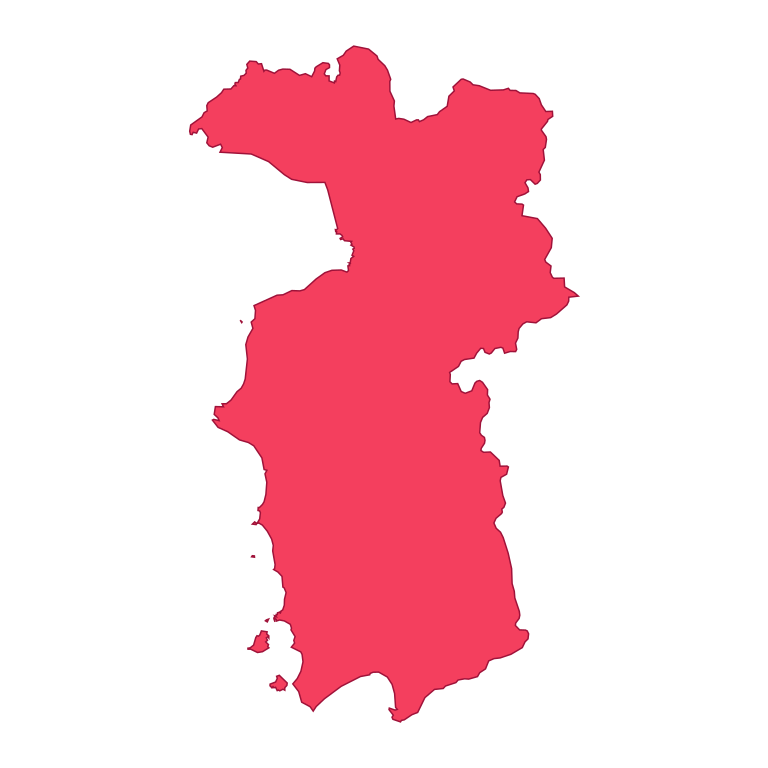 Ketapang, Kalimantan Barat, Indonesia
{"feature_id": "22746128B56277764926455", "entity_name": "Ketapang", "entity_type": "district", "adm_level": 2, "iso_a3": "IDN", "parent_name": "Indonesia", "parent_adm1": "Kalimantan Barat", "projection": "albers", "projection_center": [110.267, -1.697], "detail": "fine", "context": "isolated", "style": "filled", "palette": "rose", "viewbox_px": 768, "rotation_deg": 0, "n_neighbors": 0, "source": "geoboundaries", "source_scale": "gbopen_adm2", "svg_char_len": 6057}
<svg xmlns="http://www.w3.org/2000/svg" viewBox="0 0 768 768"><path d="M254.0,305.6L255.5,310.4L254.9,318.7L251.2,322.1L252.9,328.4L248.0,337.0L245.8,344.6L247.4,359.0L245.2,379.1L243.6,383.9L241.2,388.2L237.0,391.7L231.0,400.1L226.5,403.7L222.1,403.8L223.5,406.8L215.4,406.6L214.2,414.4L218.0,417.9L219.1,420.6L213.7,419.4L212.4,420.1L218.1,427.4L227.7,431.7L239.5,439.9L248.4,442.5L253.8,445.8L261.9,457.9L264.1,469.5L266.9,470.3L265.0,473.8L266.8,482.3L265.9,494.4L264.1,501.7L262.5,504.4L259.3,507.6L258.2,507.5L258.0,510.5L259.6,510.9L260.4,512.7L259.7,518.9L257.4,522.8L256.3,523.2L254.7,521.9L252.4,524.1L256.1,524.6L256.6,523.6L258.8,523.0L262.4,525.1L267.3,531.2L271.6,539.0L273.3,545.4L272.7,550.9L275.1,564.6L274.6,568.6L273.6,569.5L277.9,572.0L282.0,576.4L282.9,587.1L284.2,587.9L286.1,592.6L284.5,599.2L284.3,605.2L282.7,609.9L280.0,611.8L280.8,611.9L280.4,613.0L279.1,612.3L277.5,612.8L277.3,614.6L276.2,614.5L276.1,616.0L275.1,615.8L276.2,616.8L274.6,616.7L274.0,617.8L276.3,619.5L276.6,621.0L279.6,620.0L284.3,620.9L290.3,624.3L291.5,628.1L291.0,629.9L295.1,636.6L293.8,640.4L294.6,643.1L291.3,647.2L300.8,651.9L302.1,654.5L303.0,661.8L300.9,671.3L297.3,678.5L292.8,683.9L298.7,691.6L301.7,702.2L310.1,706.7L313.2,711.1L316.2,706.5L324.5,698.7L341.2,686.3L360.5,676.5L369.7,674.8L370.2,673.4L373.2,672.2L378.7,672.1L387.3,677.0L392.1,684.4L394.6,693.5L395.6,707.4L397.3,709.4L395.1,710.1L389.3,708.1L389.0,709.6L393.3,715.2L392.0,717.2L392.9,719.3L400.5,721.9L401.4,720.4L404.3,719.8L411.9,714.7L417.7,712.4L424.9,697.6L434.5,689.4L443.2,688.5L445.5,686.0L455.9,682.6L458.1,680.0L464.6,678.8L468.7,679.1L477.5,676.6L479.7,672.7L485.5,668.9L488.7,660.9L494.0,658.6L500.2,657.9L511.1,654.2L522.3,647.6L525.0,641.9L528.0,638.9L528.6,633.8L527.2,630.9L525.5,630.1L519.6,629.9L515.4,625.5L515.7,623.0L519.1,618.5L519.8,615.2L519.3,611.3L514.8,597.9L514.3,591.3L512.1,583.6L511.6,568.6L508.2,553.3L503.2,537.6L500.5,532.2L496.2,528.3L493.9,523.0L496.0,518.3L501.6,513.5L502.3,512.1L501.8,509.1L503.9,507.3L505.5,503.1L502.8,495.5L500.2,480.8L500.9,477.4L506.6,474.2L508.4,467.0L507.1,466.1L500.1,466.2L499.2,460.4L490.4,452.0L483.6,452.3L480.9,450.5L481.3,448.2L484.5,443.3L485.0,440.3L484.4,437.4L481.4,435.3L479.7,432.7L480.5,422.5L482.6,417.4L487.2,413.4L489.4,407.6L489.0,402.6L490.0,399.2L487.4,395.0L487.6,389.6L482.5,382.3L479.7,380.5L476.8,381.3L475.0,383.0L471.8,390.8L465.2,393.3L461.2,391.5L457.7,383.6L452.1,383.9L449.9,381.7L450.3,374.5L449.6,372.4L458.5,366.4L461.1,361.3L464.5,359.5L474.0,358.1L476.7,353.1L480.7,348.3L483.5,348.5L485.0,352.3L489.3,354.0L491.3,353.0L494.9,348.5L500.9,347.3L502.9,348.1L504.6,353.2L510.2,351.5L515.6,351.6L516.7,349.4L515.5,343.1L517.9,338.1L518.2,331.8L519.1,328.4L522.9,323.9L526.7,321.8L536.0,322.8L541.5,318.7L550.7,317.6L556.5,314.0L566.9,304.9L568.7,301.1L568.8,297.2L578.3,296.1L574.3,292.6L564.6,286.9L564.1,278.1L553.7,278.3L552.3,277.1L550.2,272.6L551.0,266.0L545.8,262.1L544.7,259.5L551.3,247.7L552.2,238.3L545.6,228.2L537.4,218.6L522.0,215.7L523.5,205.1L522.0,204.1L516.7,203.9L514.6,201.9L517.1,196.7L524.9,193.9L528.5,191.5L528.0,187.9L525.0,182.7L526.9,179.8L530.4,179.6L535.1,184.2L537.3,183.4L540.4,180.0L540.3,174.6L538.9,172.1L544.4,160.2L543.2,149.5L545.3,147.4L546.5,139.4L546.0,136.7L541.4,130.2L541.4,129.0L547.5,121.4L547.9,119.5L552.7,116.3L552.4,111.3L545.8,111.5L541.4,104.9L539.2,98.6L535.2,94.3L533.2,93.5L519.9,92.9L515.9,90.5L510.1,90.4L508.4,88.3L503.4,89.9L490.6,90.3L479.2,85.7L473.0,84.8L470.2,82.0L463.1,79.0L461.2,79.3L453.0,87.0L454.3,90.9L448.9,96.2L447.2,106.3L439.5,111.7L437.3,114.6L427.6,116.6L423.6,119.8L419.4,121.6L418.4,119.9L416.5,119.9L411.0,122.5L403.9,119.2L398.7,118.4L395.7,119.0L393.9,106.1L394.4,101.0L389.9,91.2L389.8,81.4L390.7,79.3L387.5,70.2L384.8,65.7L378.1,59.3L377.0,56.0L368.6,49.1L353.7,46.1L346.2,51.1L343.3,55.3L337.2,58.8L339.8,65.1L339.4,70.8L340.2,73.0L339.6,75.2L338.1,75.2L336.7,76.9L335.7,81.6L334.5,81.1L334.3,82.9L329.1,80.9L329.1,75.9L325.7,75.8L324.3,73.9L325.9,69.6L329.5,67.6L329.5,64.8L328.3,63.4L322.9,62.7L316.2,66.8L314.9,68.2L314.6,71.0L311.7,76.7L305.4,73.7L299.5,75.4L290.0,69.3L282.8,69.1L278.6,70.2L274.4,73.3L266.8,70.1L264.9,70.1L263.9,71.3L261.5,63.7L258.3,64.0L256.2,61.6L249.7,61.1L246.8,64.4L247.8,68.0L246.0,70.3L246.2,73.2L244.0,75.4L240.7,76.2L240.5,79.0L239.4,79.4L238.2,82.5L235.3,82.6L234.9,84.1L235.9,85.7L233.8,85.7L230.9,89.0L223.8,89.2L221.5,92.7L216.6,97.1L208.2,102.7L206.8,105.6L207.2,110.9L204.1,112.7L202.0,116.9L190.7,125.0L189.7,131.2L190.4,134.3L192.1,134.6L193.2,132.3L196.6,133.1L198.6,129.0L201.8,128.6L208.1,137.1L206.8,142.8L209.2,145.8L212.7,147.2L220.6,144.2L222.3,147.6L220.0,152.2L251.2,154.0L268.6,161.6L284.4,174.7L291.6,179.3L307.2,182.5L324.9,182.4L327.7,189.8L337.7,228.6L336.4,229.8L335.4,229.6L335.7,231.4L335.0,231.5L336.6,231.6L336.4,233.9L340.0,233.9L342.0,235.4L342.7,236.9L340.1,238.4L340.6,239.5L343.1,238.9L344.5,240.7L351.6,241.4L350.9,242.3L351.9,244.2L350.9,245.1L354.0,247.0L354.3,248.2L352.8,249.1L353.8,250.8L352.0,255.3L353.7,256.3L350.9,258.5L350.2,262.8L349.0,262.9L350.2,263.7L349.1,264.7L349.5,265.6L347.9,265.9L348.5,270.6L346.9,272.1L341.3,270.0L331.9,270.3L324.9,272.7L316.1,279.0L304.4,289.6L299.8,290.9L291.8,290.6L283.0,294.8L277.0,295.2L254.0,305.6ZM267.1,631.8L261.4,630.9L259.8,635.0L258.4,636.2L257.0,635.7L255.8,637.5L253.6,645.1L250.2,647.8L247.9,648.2L248.0,649.2L250.7,649.2L257.5,652.5L262.5,651.7L268.9,647.8L267.7,646.6L268.5,644.6L265.7,641.9L267.5,640.3L266.3,637.9L267.9,636.7L268.8,638.0L268.8,635.8L266.7,634.0L267.1,631.8ZM279.3,675.3L276.6,676.3L277.3,678.3L275.6,682.0L270.1,684.1L270.0,685.8L272.0,687.9L273.0,686.6L273.9,687.8L275.6,687.3L277.2,690.6L278.4,690.1L279.8,690.8L283.0,689.2L284.8,690.2L284.8,687.7L286.9,685.4L287.2,683.0L279.3,675.3ZM268.6,619.1L266.4,619.9L265.4,620.8L267.3,621.9L268.6,619.1ZM252.3,555.7L251.6,556.8L254.5,557.2L254.4,555.9L252.3,555.7ZM242.1,322.0L240.2,320.2L241.7,322.6L242.1,322.0ZM275.0,621.9L274.5,619.1L274.0,619.1L275.0,621.9Z" fill="#f43f5e" stroke="#9f1239" stroke-width="1.5"/></svg>